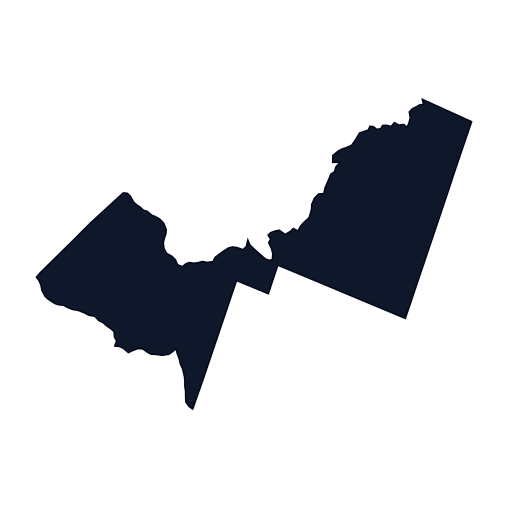 the district of Fátima do Sul, Mato Grosso do Sul, Brazil, rotated 358°
{"feature_id": "56859067B65131445845970", "entity_name": "Fátima do Sul", "entity_type": "district", "adm_level": 2, "iso_a3": "BRA", "parent_name": "Brazil", "parent_adm1": "Mato Grosso do Sul", "projection": "natural_earth1", "projection_center": [-54.472, -22.343], "detail": "fine", "context": "isolated", "style": "filled", "palette": "ink", "viewbox_px": 512, "rotation_deg": 358, "n_neighbors": 0, "source": "geoboundaries", "source_scale": "gbopen_adm2", "svg_char_len": 2178}
<svg xmlns="http://www.w3.org/2000/svg" viewBox="0 0 512 512"><g transform="rotate(358 256 256)"><path d="M187.4,406.8L199.0,377.1L235.7,279.9L267.0,294.2L277.5,266.0L298.6,275.6L403.0,323.6L407.9,310.9L418.7,282.1L429.0,254.8L449.7,199.8L455.0,185.4L458.2,176.7L476.2,129.3L427.7,105.2L428.6,110.5L425.1,110.5L421.8,112.3L417.6,114.1L414.2,117.4L415.0,123.4L413.3,128.8L411.6,132.6L408.3,129.7L403.3,130.1L399.0,127.5L395.6,131.2L390.8,129.9L387.1,129.9L385.1,133.1L381.1,133.6L377.8,130.8L374.4,130.3L372.6,134.0L368.4,135.3L363.8,136.6L359.5,143.3L355.4,148.7L350.4,150.7L345.5,152.1L341.6,154.1L336.2,158.3L335.9,165.1L339.5,165.2L343.2,165.1L338.9,169.8L337.4,174.5L333.6,176.8L330.8,183.2L327.4,190.2L325.9,196.1L320.9,196.1L316.6,200.0L313.5,206.3L313.1,211.2L311.9,215.2L310.2,219.8L305.1,224.0L301.3,228.0L298.8,232.5L294.2,229.7L291.3,232.5L285.9,235.5L280.1,231.0L275.5,231.8L271.4,233.2L268.8,235.5L271.2,239.7L269.1,243.1L271.7,249.0L272.9,254.4L272.1,260.4L268.5,260.6L264.9,258.9L260.5,254.8L254.1,248.7L250.1,244.4L248.4,239.7L246.6,246.3L243.2,249.2L237.7,247.0L233.0,246.1L228.8,247.0L223.7,250.0L218.8,253.3L215.0,256.0L213.0,260.0L207.2,260.7L202.1,259.6L197.6,260.7L193.4,261.0L188.8,260.2L185.4,261.5L182.0,264.1L177.2,261.9L175.4,257.1L171.9,253.3L166.7,250.2L164.3,245.2L163.8,239.4L165.3,234.4L166.8,230.5L167.2,226.4L164.9,219.9L160.9,215.6L156.3,212.8L153.2,211.5L148.8,207.5L145.1,206.3L142.0,203.1L138.8,200.9L135.8,198.1L132.5,191.8L129.6,188.8L125.5,188.3L92.5,216.5L83.1,225.2L76.8,231.2L39.7,265.2L35.8,269.5L38.2,273.0L40.0,277.3L40.9,283.1L43.7,288.8L46.4,291.6L50.0,294.2L53.5,296.6L57.2,297.9L61.8,298.5L66.4,301.1L71.0,303.1L76.2,304.1L82.8,307.0L86.6,309.3L92.7,310.6L96.6,315.0L101.1,317.5L104.4,320.7L108.9,324.0L111.5,326.6L111.7,332.0L113.7,335.9L111.7,341.1L116.1,341.6L120.0,343.5L125.1,348.1L129.0,346.4L134.7,344.4L139.6,344.9L144.0,348.3L147.6,350.5L152.7,350.9L158.9,352.0L165.6,351.1L169.6,348.5L172.5,345.7L174.0,351.1L175.6,355.9L176.7,361.5L178.6,365.9L179.4,369.7L180.3,374.3L180.5,379.0L180.3,383.7L180.9,388.6L180.7,395.0L180.8,399.4L183.7,403.9L187.4,406.8Z" fill="#0f172a" stroke="#020617" stroke-width="1.5"/></g></svg>